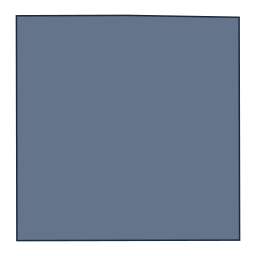 outline of O'Brien, Iowa, United States of America
{"feature_id": "52423323B82906580744491", "entity_name": "O'Brien", "entity_type": "district", "adm_level": 2, "iso_a3": "USA", "parent_name": "United States of America", "parent_adm1": "Iowa", "projection": "orthographic", "projection_center": [-95.625, 43.084], "detail": "fine", "context": "isolated", "style": "filled", "palette": "slate", "viewbox_px": 256, "rotation_deg": 0, "n_neighbors": 0, "source": "geoboundaries", "source_scale": "gbopen_adm2", "svg_char_len": 209}
<svg xmlns="http://www.w3.org/2000/svg" viewBox="0 0 256 256"><path d="M239.1,17.3L126.9,15.4L16.4,15.8L16.8,184.1L16.9,240.6L239.6,240.1L239.1,17.3Z" fill="#64748b" stroke="#1e293b" stroke-width="1.5"/></svg>